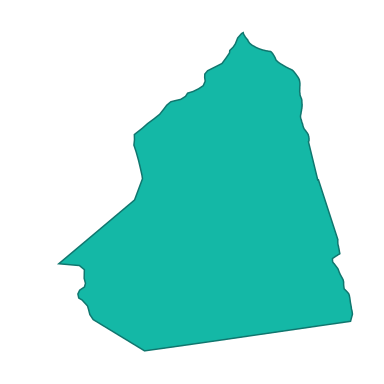 Barre De L'Isle, Castries, Saint Lucia (Equal Earth projection), rotated 262°
{"feature_id": "8701671B51325698675387", "entity_name": "Barre De L'Isle", "entity_type": "district", "adm_level": 2, "iso_a3": "LCA", "parent_name": "Saint Lucia", "parent_adm1": "Castries", "projection": "equal_earth", "projection_center": [-60.956, 13.925], "detail": "fine", "context": "isolated", "style": "filled", "palette": "teal", "viewbox_px": 384, "rotation_deg": 262, "n_neighbors": 0, "source": "geoboundaries", "source_scale": "gbopen_adm2", "svg_char_len": 5611}
<svg xmlns="http://www.w3.org/2000/svg" viewBox="0 0 384 384"><g transform="rotate(262 192 192)"><path d="M139.5,50.1L135.2,68.7L134.9,70.2L132.5,72.4L130.1,74.6L121.5,73.2L116.4,73.8L113.6,72.6L112.9,72.3L112.5,71.4L110.4,67.1L106.9,64.8L102.8,65.1L101.8,66.3L100.5,68.0L93.8,72.6L93.5,72.7L90.2,73.2L84.8,73.8L79.4,76.4L41.3,122.9L41.3,174.9L41.3,180.1L41.5,228.5L41.8,298.5L41.9,331.0L48.7,333.9L49.2,333.9L49.5,333.9L50.1,333.9L50.9,333.9L52.0,333.9L54.3,333.6L55.6,333.7L57.7,333.6L60.5,333.5L63.5,333.5L64.6,333.5L65.5,333.5L66.9,333.4L67.7,333.4L69.5,333.0L70.3,332.5L70.8,332.2L71.4,331.8L72.4,331.1L73.9,330.0L74.4,329.6L74.7,329.3L75.1,329.2L77.2,329.2L77.8,329.2L79.5,329.3L81.0,329.5L81.5,329.6L82.1,329.6L83.3,329.5L83.7,329.5L86.2,328.7L86.5,328.5L87.7,328.1L88.9,327.6L89.8,327.3L90.1,327.2L90.8,327.0L92.2,326.6L94.1,326.2L95.4,325.9L96.3,325.5L96.8,325.2L97.9,324.6L98.6,324.2L99.5,323.7L100.8,323.0L101.2,322.8L101.9,322.2L102.2,322.1L103.0,321.6L104.3,321.6L106.5,321.8L107.0,322.7L107.9,324.5L108.2,325.1L108.7,326.2L108.8,326.5L109.1,327.2L109.2,327.5L109.7,328.1L109.9,328.7L110.0,329.4L110.3,329.8L110.6,329.8L111.2,329.8L111.9,329.7L112.7,329.7L113.2,329.7L113.6,329.7L114.0,329.7L114.7,329.6L115.1,329.6L115.4,329.6L115.7,329.6L116.2,329.5L117.5,329.5L120.1,329.2L123.1,329.5L124.5,329.8L186.4,318.9L186.3,318.2L186.7,318.1L187.4,318.1L224.5,314.4L225.6,314.3L225.9,314.6L226.3,314.9L226.6,315.0L226.9,315.1L227.5,315.1L227.8,315.2L228.2,315.3L228.5,315.3L228.8,315.3L229.2,315.3L230.1,315.3L230.3,315.3L230.6,315.3L230.9,315.3L231.2,315.2L231.9,315.1L232.3,315.1L232.6,315.1L233.0,314.9L233.6,314.7L234.2,314.4L234.7,314.2L234.9,314.1L235.2,313.9L235.5,313.7L236.3,313.3L237.0,313.0L237.6,312.6L237.9,312.4L238.8,311.9L239.4,311.6L239.9,311.6L240.2,311.4L240.8,311.3L241.4,311.2L241.7,311.2L242.1,311.1L242.4,311.0L242.7,311.0L243.3,311.0L243.7,311.0L244.2,310.9L244.7,310.8L245.0,310.7L245.4,310.6L245.7,310.5L246.5,310.4L246.8,310.4L247.1,310.4L247.9,310.3L248.6,310.2L248.9,310.1L249.2,310.0L249.5,309.9L249.8,309.9L250.3,309.9L250.9,309.9L251.3,309.9L251.6,309.9L251.9,310.0L252.2,310.1L252.5,310.1L252.8,310.2L253.3,310.3L253.6,310.5L254.2,310.7L254.6,310.9L255.0,310.9L255.3,311.0L255.7,311.1L256.0,311.3L256.3,311.3L256.7,311.5L257.2,311.7L257.5,311.8L257.8,311.8L258.7,312.1L259.0,312.2L259.4,312.4L260.0,312.5L260.4,312.6L260.7,312.7L261.0,312.8L261.3,312.8L261.6,312.9L261.9,313.0L262.4,313.0L262.7,313.1L263.0,313.2L263.5,313.2L263.8,313.2L264.2,313.2L264.5,313.2L264.8,313.3L265.1,313.3L265.5,313.3L265.8,313.3L266.0,313.3L266.3,313.4L266.6,313.4L267.0,313.5L267.5,313.5L267.8,313.5L268.2,313.5L268.5,313.5L268.9,313.4L269.1,313.4L270.2,313.1L270.5,313.0L271.1,312.9L271.5,312.8L271.8,312.7L272.3,312.6L272.6,312.6L272.9,312.5L273.4,312.5L273.8,312.5L274.1,312.6L274.4,312.6L274.8,312.6L275.4,312.6L275.8,312.6L276.1,312.6L276.5,312.6L276.9,312.7L277.3,312.7L277.5,312.8L277.9,312.9L278.2,312.9L278.4,312.9L278.6,312.9L279.2,313.1L279.5,313.1L280.1,313.2L280.3,313.2L280.8,313.3L281.1,313.4L281.4,313.4L281.8,313.5L282.1,313.5L282.5,313.7L283.0,313.8L283.4,313.8L284.1,313.9L284.5,314.0L284.8,314.0L285.3,314.0L285.6,314.0L286.1,314.0L286.4,314.0L286.8,314.0L287.1,314.0L287.6,313.9L287.9,313.8L288.3,313.9L288.6,313.7L288.9,313.7L289.3,313.6L289.6,313.4L289.9,313.4L290.2,313.2L290.8,313.0L291.0,312.9L291.8,312.5L292.0,312.4L292.7,312.0L293.0,311.8L293.3,311.7L293.7,311.5L294.1,311.3L294.8,310.9L295.1,310.7L295.5,310.5L296.0,310.2L296.3,310.0L296.9,309.7L297.4,309.3L297.7,309.2L297.9,309.0L298.4,308.5L298.7,308.4L299.0,307.9L299.2,307.5L299.7,307.0L299.9,306.6L300.2,306.2L300.5,305.7L300.7,305.3L300.9,304.9L301.2,304.7L301.7,303.9L301.9,303.6L302.3,303.1L302.7,302.4L303.1,302.0L303.3,301.8L303.6,301.3L304.2,300.6L304.9,299.7L305.1,299.5L305.6,298.9L306.2,298.1L306.5,297.7L306.9,297.2L307.3,296.8L307.5,296.6L307.9,296.1L308.3,295.8L308.5,295.5L308.9,295.2L309.4,294.8L309.8,294.5L310.0,294.3L310.4,294.0L310.8,293.7L311.1,293.5L311.5,293.4L311.8,293.4L312.4,293.2L312.7,293.1L313.1,293.1L313.5,292.9L314.0,292.7L314.5,292.6L315.0,292.4L315.4,292.2L315.9,292.0L316.5,291.7L317.1,291.5L317.5,291.3L318.0,291.0L318.4,290.8L319.0,290.4L319.4,290.1L319.7,289.9L320.0,289.6L320.2,289.3L320.4,288.9L320.4,288.5L320.6,288.1L320.7,287.6L320.8,287.0L321.0,286.7L321.2,286.3L321.3,285.8L321.4,285.3L321.6,284.8L321.8,284.4L321.9,284.1L322.0,283.8L322.1,283.5L322.4,283.0L322.5,282.6L322.6,282.2L322.8,281.7L323.1,281.2L323.2,280.9L323.3,280.7L323.5,280.4L323.8,279.8L324.0,279.3L324.2,278.9L324.5,278.4L324.8,277.9L325.1,277.4L325.3,277.0L325.6,276.6L326.0,276.0L326.2,275.6L326.4,275.3L326.9,274.7L327.6,273.9L327.7,273.7L328.4,272.7L328.7,272.3L329.3,271.6L329.6,271.4L329.8,271.2L330.0,270.9L330.3,270.7L330.5,270.5L330.9,270.2L331.0,270.0L331.4,269.7L331.9,269.5L332.1,269.4L332.6,269.1L333.3,268.8L333.6,268.6L333.9,268.6L334.2,268.4L334.5,268.3L335.3,268.2L335.6,267.8L335.9,267.6L336.2,267.4L337.0,267.0L337.3,266.8L337.9,266.4L338.4,266.2L338.9,266.0L339.7,265.7L340.5,265.3L340.8,265.2L341.2,265.0L341.5,265.0L341.8,265.0L342.7,264.9L342.0,263.1L338.2,258.7L332.6,255.5L329.7,252.9L326.9,249.1L324.5,248.5L320.3,244.7L315.1,239.6L312.7,232.6L309.9,224.3L307.0,221.1L303.7,220.5L299.9,220.5L295.7,217.9L293.3,212.9L291.4,207.1L290.5,201.4L287.6,198.9L285.3,193.8L284.8,188.1L284.3,183.6L281.5,179.1L277.7,175.3L273.5,170.9L269.7,164.5L265.9,157.5L262.1,151.8L258.8,146.1L256.9,142.9L251.7,142.3L246.5,141.0L239.4,142.3L230.4,143.5L222.9,144.2L215.3,144.8L212.0,144.8L192.1,134.0L159.9,82.7L139.5,50.1Z" fill="#14b8a6" stroke="#0f766e" stroke-width="1.5"/></g></svg>